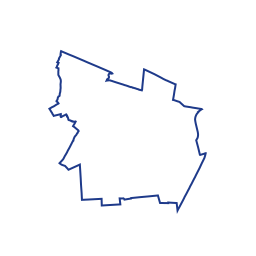 Dobrosloveni, Olt, Romania, rotated 252°
{"feature_id": "2599482B22275602888784", "entity_name": "Dobrosloveni", "entity_type": "district", "adm_level": 2, "iso_a3": "ROU", "parent_name": "Romania", "parent_adm1": "Olt", "projection": "orthographic", "projection_center": [24.382, 44.168], "detail": "fine", "context": "isolated", "style": "outline", "palette": "blue", "viewbox_px": 256, "rotation_deg": 252, "n_neighbors": 0, "source": "geoboundaries", "source_scale": "gbopen_adm2", "svg_char_len": 5477}
<svg xmlns="http://www.w3.org/2000/svg" viewBox="0 0 256 256"><g transform="rotate(252 128 128)"><path d="M154.8,186.8L155.2,186.2L160.4,180.4L160.6,180.3L161.5,179.1L163.9,176.6L164.6,176.0L166.2,174.5L171.1,169.7L172.5,168.2L177.3,163.1L178.3,162.0L178.8,161.4L163.1,154.5L160.2,153.3L159.9,153.1L159.5,152.8L160.4,151.4L160.5,151.3L160.6,151.0L160.9,150.4L161.1,150.3L161.3,150.2L161.9,149.4L162.1,149.0L162.5,148.5L162.6,148.3L163.0,147.8L163.5,147.2L164.3,145.9L164.6,145.6L164.7,145.4L164.8,145.0L164.9,144.9L165.0,144.8L165.2,144.7L165.3,144.6L165.5,144.3L166.0,143.6L166.0,143.3L166.1,143.1L166.4,142.7L166.7,142.4L166.9,142.1L167.6,141.1L167.8,141.0L168.0,140.8L168.2,140.4L169.1,139.2L169.3,138.9L169.8,138.1L171.2,136.3L171.5,135.8L172.8,134.0L173.8,132.6L174.5,131.6L175.8,129.8L176.1,129.4L177.2,127.9L177.7,127.3L177.9,126.9L178.4,126.3L178.5,126.0L178.8,125.7L179.0,125.3L179.1,124.9L179.3,124.4L179.3,124.1L179.4,123.7L179.6,122.8L179.7,122.7L179.7,122.3L180.3,122.8L180.6,123.0L180.9,123.5L181.0,123.9L181.4,125.0L181.6,125.3L181.9,125.5L182.2,125.6L182.9,125.8L183.1,125.8L183.5,125.7L183.8,125.7L184.2,125.7L184.6,125.9L184.8,126.1L185.0,126.3L185.2,126.5L185.4,127.0L185.7,127.5L185.7,127.8L185.6,128.0L185.3,128.3L185.1,128.5L184.9,128.7L184.8,129.0L184.7,129.3L184.7,129.6L184.7,129.9L185.0,129.8L185.2,129.7L185.4,129.6L185.8,129.2L186.1,129.0L186.3,128.8L186.5,128.6L187.0,128.0L189.5,125.2L190.3,124.3L193.7,120.4L195.3,118.6L199.7,113.5L201.2,111.8L202.3,110.5L203.8,108.8L205.6,106.8L206.8,105.4L213.0,98.3L216.1,94.6L218.7,91.6L220.0,90.1L220.5,89.5L221.8,88.1L221.7,88.0L221.4,87.8L221.1,87.7L220.6,87.4L220.3,87.3L219.9,87.1L219.7,87.0L219.5,86.9L219.2,86.7L218.6,86.5L218.4,86.5L218.1,86.7L217.9,86.5L217.2,85.7L215.9,84.3L215.5,83.8L214.9,83.7L214.5,83.3L213.9,82.8L213.4,82.2L212.3,81.0L211.4,82.1L210.6,81.4L210.3,81.2L210.1,80.9L209.6,80.5L209.5,80.2L208.7,79.6L208.1,79.2L207.6,78.6L206.7,79.7L206.3,80.3L204.1,79.6L203.8,79.4L203.3,79.2L202.6,79.0L200.8,78.4L200.5,78.3L200.1,78.2L199.9,78.2L199.6,78.2L199.2,78.3L198.7,78.4L198.1,78.5L197.6,78.6L197.3,78.7L196.1,78.8L195.3,78.9L194.8,78.9L194.1,78.8L193.0,78.5L192.3,78.2L190.4,77.3L189.6,77.1L188.6,76.8L187.2,76.4L186.6,76.2L185.8,75.8L184.6,75.3L183.8,75.0L183.1,74.6L182.5,74.3L182.1,73.9L181.0,73.4L179.8,72.9L179.7,72.8L179.6,72.5L179.4,71.8L179.4,71.5L178.2,70.4L177.4,70.1L176.7,69.6L176.0,68.6L175.8,68.4L175.6,68.3L175.4,68.2L175.2,68.3L175.0,68.6L174.8,68.7L174.6,68.9L174.4,69.0L174.1,69.1L173.3,69.4L172.8,69.5L172.6,68.8L172.4,67.4L171.5,64.0L171.3,62.2L170.6,59.2L169.1,59.6L167.2,60.0L165.9,60.4L165.0,60.5L164.8,60.5L164.2,60.7L163.8,60.8L163.4,60.9L162.8,61.1L162.5,61.1L162.3,63.9L162.1,66.4L162.0,68.4L161.6,68.3L161.3,68.2L161.2,68.1L160.9,68.0L160.7,67.9L160.4,67.7L160.2,67.6L159.9,67.5L159.3,67.5L159.1,67.6L159.0,67.9L159.1,68.1L159.2,68.5L159.3,69.0L159.5,69.8L159.6,70.7L159.7,71.4L159.7,71.9L159.9,72.6L160.0,72.9L160.0,73.3L160.0,73.5L159.7,73.6L159.0,73.7L158.5,73.9L158.4,73.9L158.1,73.7L157.8,73.5L157.5,73.6L157.4,73.6L157.1,73.9L156.9,74.1L156.7,74.1L156.4,74.0L156.1,74.0L155.6,74.1L155.4,74.1L155.2,74.0L154.8,73.9L154.5,73.9L154.4,73.9L154.2,73.9L154.1,74.0L153.9,74.1L153.7,74.3L153.6,74.5L153.2,75.2L153.1,75.4L152.9,75.5L152.7,75.7L152.2,76.1L152.2,76.4L152.2,76.6L151.8,77.0L151.7,77.1L151.4,77.0L151.0,77.6L151.1,77.8L151.1,78.0L150.9,78.3L150.6,78.7L150.4,78.9L150.3,79.1L150.4,79.3L150.5,79.5L150.5,80.0L150.3,80.2L149.9,79.8L149.0,78.9L148.7,78.6L147.9,77.6L146.9,76.5L146.7,76.3L146.1,76.8L145.7,77.1L144.5,77.9L143.8,78.3L142.4,79.2L142.0,79.4L141.6,79.7L141.1,80.0L140.8,80.1L140.5,80.1L140.3,80.1L140.2,80.0L140.1,79.9L139.9,79.5L139.6,79.1L139.3,78.8L139.2,78.8L138.8,78.5L138.6,77.9L138.1,77.4L137.5,76.8L137.2,76.3L136.8,75.6L136.5,75.1L136.3,74.7L135.7,74.2L135.0,73.5L134.1,72.8L132.8,72.1L132.7,72.0L132.7,71.9L132.8,71.7L132.6,71.5L129.1,68.0L127.5,66.4L126.1,64.9L125.3,64.0L124.7,63.4L123.7,62.5L121.9,60.5L120.9,59.3L119.6,58.0L119.0,57.4L118.6,57.0L118.1,56.3L117.3,54.9L116.8,54.0L115.7,52.0L114.9,52.5L114.0,53.2L113.6,53.6L113.2,54.0L111.4,56.4L110.1,57.0L108.4,57.8L106.7,58.5L108.1,70.9L94.5,67.4L88.6,65.8L80.1,63.7L79.8,63.6L73.9,62.0L72.3,67.9L68.8,81.0L62.4,79.1L58.4,94.5L57.7,97.1L63.6,98.3L62.7,101.0L62.5,101.9L61.9,102.3L61.7,102.4L61.0,102.5L60.0,109.1L60.4,109.3L58.5,118.1L56.4,127.3L54.6,135.6L46.8,135.3L46.6,135.9L44.1,143.1L44.7,143.3L43.7,145.7L41.6,151.1L34.2,149.6L35.8,151.2L36.5,152.0L41.9,157.6L43.0,158.7L43.9,159.6L45.0,160.6L46.1,161.8L48.0,163.8L50.0,165.8L51.8,167.7L53.1,168.9L53.8,169.6L54.8,170.7L57.5,173.4L59.5,175.4L60.4,176.4L62.1,178.0L62.6,178.5L67.9,183.8L70.4,186.1L72.0,187.6L73.1,188.7L75.9,191.4L76.3,191.7L78.2,193.0L80.0,194.1L80.1,193.9L80.0,192.4L80.1,188.3L80.2,188.2L80.3,188.1L87.8,188.7L95.3,189.1L95.8,189.7L96.9,190.9L97.4,191.3L97.9,191.6L98.4,191.9L99.1,192.2L99.7,192.5L100.9,192.8L102.5,193.1L111.3,193.8L113.7,194.1L114.1,194.2L115.0,194.3L115.8,194.6L116.2,194.8L116.5,194.9L117.4,195.4L118.0,195.8L118.6,196.3L119.3,196.9L119.8,197.4L120.2,197.9L120.6,198.6L121.1,199.3L121.3,199.7L121.6,199.6L121.9,200.3L123.1,203.9L123.1,204.0L123.3,203.9L124.7,201.1L125.6,199.4L127.4,195.8L128.3,194.2L129.0,192.8L129.6,191.6L130.4,190.0L131.2,188.5L131.4,188.2L131.5,188.1L132.4,187.6L136.4,185.3L136.7,185.1L136.8,185.1L137.5,184.2L137.8,183.7L140.3,180.4L140.8,179.5L145.1,181.8L149.1,183.8L151.4,185.1L154.8,186.8Z" fill="none" stroke="#1e3a8a" stroke-width="2"/></g></svg>